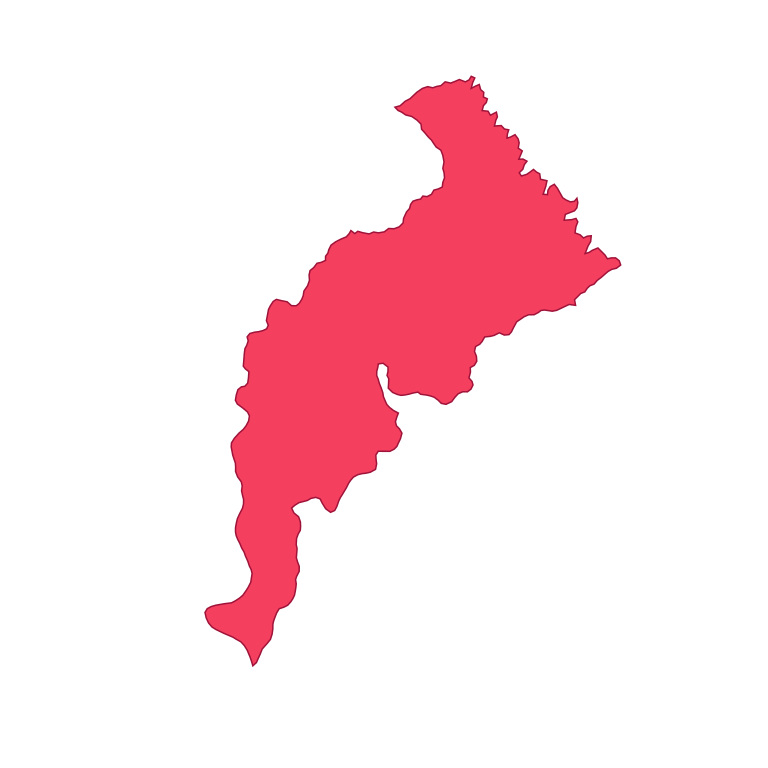 Paineiras, Minas Gerais, Brazil, rotated 121°
{"feature_id": "56859067B75073626302376", "entity_name": "Paineiras", "entity_type": "district", "adm_level": 2, "iso_a3": "BRA", "parent_name": "Brazil", "parent_adm1": "Minas Gerais", "projection": "orthographic", "projection_center": [-45.479, -18.904], "detail": "fine", "context": "isolated", "style": "filled", "palette": "rose", "viewbox_px": 768, "rotation_deg": 121, "n_neighbors": 0, "source": "geoboundaries", "source_scale": "gbopen_adm2", "svg_char_len": 5415}
<svg xmlns="http://www.w3.org/2000/svg" viewBox="0 0 768 768"><g transform="rotate(121 384 384)"><path d="M693.1,351.3L688.5,349.9L684.5,350.4L679.3,351.0L674.0,351.9L670.6,351.3L666.5,350.5L661.4,349.8L656.0,351.1L651.3,353.1L647.0,355.6L643.4,356.7L639.1,357.5L635.5,358.1L630.6,358.1L626.9,354.9L623.2,352.6L618.6,351.7L614.5,351.6L611.0,352.0L607.1,353.4L603.7,354.8L600.5,356.3L597.3,359.0L594.0,359.8L588.3,360.2L584.0,362.7L581.1,366.4L578.0,369.7L573.9,371.7L569.9,373.7L566.9,376.5L561.4,379.4L556.7,380.3L552.5,380.4L549.1,382.1L545.3,384.6L541.8,388.8L540.9,394.8L537.9,399.3L533.7,397.9L529.4,395.7L526.5,392.8L523.3,389.7L519.7,387.7L516.3,384.1L515.4,379.6L518.0,375.5L521.0,369.7L521.5,363.7L517.8,361.1L513.4,361.3L507.8,362.5L503.9,362.9L500.5,362.8L497.0,362.8L492.2,362.8L487.4,363.2L483.7,363.0L479.6,362.3L475.2,359.7L472.1,356.6L469.9,353.7L466.7,350.3L461.5,347.3L456.2,349.2L452.5,352.1L449.1,354.4L444.6,354.3L442.2,350.2L438.7,344.3L434.6,341.7L430.9,340.8L427.0,341.3L422.5,341.7L416.9,343.3L414.5,347.6L413.4,351.8L410.4,354.8L405.6,356.0L401.5,356.7L401.8,362.4L401.2,367.3L400.1,371.0L397.7,374.5L395.1,378.0L392.1,380.5L388.8,384.4L385.7,388.5L382.9,391.4L380.5,394.6L376.9,396.7L372.9,397.9L369.7,399.2L366.7,395.5L367.4,389.3L371.3,387.0L375.1,385.8L377.0,382.7L381.5,380.2L385.4,378.2L386.8,372.3L386.1,367.2L385.0,363.6L382.7,360.5L380.0,357.5L376.7,354.4L373.5,350.7L373.9,347.2L371.5,341.7L370.3,338.0L369.5,334.3L370.0,329.1L371.1,324.9L369.5,320.4L364.3,316.9L359.1,316.4L354.2,315.4L350.1,312.5L347.7,308.4L343.6,306.8L339.0,307.2L336.5,309.8L335.0,314.3L329.3,316.0L325.5,318.5L321.5,316.2L316.7,316.2L312.6,319.1L309.5,323.2L304.7,324.8L300.6,322.4L296.9,321.8L291.8,321.9L288.4,317.4L285.7,314.7L280.7,311.5L280.1,306.1L277.3,302.3L273.7,301.6L269.2,302.0L262.4,302.3L258.3,300.4L254.1,298.5L250.2,295.7L247.3,291.0L243.2,288.5L240.1,287.3L238.0,284.6L236.4,280.9L234.9,277.2L231.9,273.9L226.2,270.1L220.5,266.3L217.9,260.3L213.6,264.1L208.5,262.8L205.1,262.0L201.6,259.3L197.3,259.1L193.7,258.1L190.2,255.4L185.5,254.6L180.4,252.6L175.4,251.0L172.1,249.9L168.4,247.8L165.1,244.4L160.1,242.4L157.2,245.8L156.6,250.4L158.8,254.1L161.6,257.0L159.6,261.1L158.3,266.3L157.2,270.7L162.1,274.3L165.6,276.0L168.6,278.8L160.5,280.2L155.5,280.2L150.2,282.7L152.7,286.0L156.1,288.2L155.1,292.7L156.1,298.1L150.3,300.5L145.2,301.4L143.2,304.7L146.5,307.8L150.8,313.9L145.2,315.9L141.3,312.9L137.4,309.9L133.7,309.4L128.7,311.3L125.4,314.3L129.3,314.9L131.9,318.0L132.5,322.7L132.3,326.8L129.8,331.1L126.9,336.2L125.1,340.9L129.2,343.2L133.5,343.2L137.5,341.4L139.4,345.3L131.4,347.1L125.8,349.0L127.9,355.3L123.6,358.8L123.8,362.3L123.1,366.4L127.2,368.0L130.9,369.7L134.9,373.4L133.3,376.9L128.5,375.6L123.7,376.7L119.4,376.2L119.6,380.7L121.9,384.2L113.0,385.5L112.7,390.4L107.6,392.4L104.8,395.3L102.8,400.1L107.1,402.7L109.9,405.2L106.1,407.0L101.9,408.0L103.4,412.1L102.1,416.6L106.0,422.2L100.3,424.0L96.6,424.4L93.1,427.7L98.8,431.2L96.6,435.3L99.1,440.7L94.2,442.1L90.0,441.3L86.3,442.3L86.8,446.6L82.6,448.7L81.9,452.8L78.2,456.6L81.7,459.1L85.7,461.5L80.0,463.2L74.9,463.8L75.3,467.7L79.5,467.7L83.1,469.9L84.2,476.2L87.8,478.8L91.7,481.8L93.5,487.2L99.0,488.9L101.6,491.9L105.0,494.8L106.6,499.7L110.8,503.3L117.0,506.1L121.6,507.4L126.0,508.6L130.8,511.5L137.2,513.5L141.1,517.2L142.3,512.9L141.9,509.0L142.2,503.9L140.4,498.1L140.8,491.6L142.2,486.1L146.3,483.0L147.6,478.5L149.4,473.4L150.5,468.9L152.2,465.4L154.0,461.4L154.3,455.7L157.6,451.5L162.8,446.9L168.9,444.6L171.9,441.4L176.1,438.3L180.9,437.4L185.2,435.5L189.0,438.1L192.1,441.1L197.0,441.0L201.2,443.6L202.9,447.5L206.7,447.9L209.1,450.6L212.3,453.3L216.3,453.7L220.4,452.5L224.9,453.3L228.5,452.9L232.0,452.5L236.1,450.6L241.4,451.9L245.7,455.3L248.3,460.1L253.4,462.1L257.3,466.6L259.1,471.2L263.0,474.0L265.3,480.2L266.6,485.1L270.1,486.5L269.5,491.4L273.0,491.3L277.3,492.1L281.9,495.5L287.0,498.7L292.2,500.9L297.3,500.5L300.8,499.5L304.6,499.9L308.2,497.8L312.1,500.5L315.0,503.6L320.5,504.2L324.8,505.8L329.1,504.4L333.5,501.3L339.2,500.1L345.5,500.5L350.1,498.7L353.8,498.1L358.6,498.2L362.1,499.5L364.5,503.6L363.4,509.4L365.4,514.9L366.9,519.8L370.3,521.5L375.3,521.7L379.6,521.4L384.9,519.4L390.3,517.4L393.2,513.5L397.1,513.0L400.6,515.3L403.9,518.6L406.3,521.7L409.8,525.0L414.1,525.6L417.0,522.6L421.4,521.6L425.3,521.4L429.9,519.4L436.0,516.3L441.2,513.8L442.5,510.4L443.0,506.2L448.4,503.4L453.4,501.3L457.6,502.1L459.9,504.8L464.1,506.3L469.4,505.0L474.5,503.0L476.7,499.4L477.2,493.7L477.7,490.0L478.3,486.5L480.7,482.9L485.5,481.0L490.8,480.7L495.2,481.2L500.8,483.0L507.6,484.3L513.0,484.4L516.6,482.6L519.6,479.9L522.8,477.1L525.5,474.0L528.3,470.7L531.6,468.4L535.4,466.2L539.0,461.6L541.4,455.9L544.5,453.0L548.9,451.1L552.2,448.0L555.4,444.8L559.3,442.6L563.5,441.3L569.9,440.9L575.0,440.3L579.4,438.9L583.8,437.2L587.3,435.1L590.1,432.6L592.5,429.4L594.9,425.5L598.0,421.3L600.1,417.4L602.7,414.3L606.2,409.3L609.4,405.6L611.4,402.4L614.3,399.5L618.9,397.6L622.6,396.1L628.4,395.7L632.2,395.8L637.8,396.2L642.2,397.7L646.3,399.7L650.1,402.0L652.3,404.8L654.4,407.5L657.1,410.6L660.3,414.3L663.9,417.6L667.6,419.8L672.0,419.8L676.1,415.9L679.2,411.3L680.9,406.3L681.0,401.8L680.6,397.4L680.2,393.0L679.4,387.2L678.8,382.9L678.9,379.3L678.7,373.9L680.2,368.9L682.6,364.2L684.9,361.1L687.0,358.2L689.8,354.9L693.1,351.3Z" fill="#f43f5e" stroke="#9f1239" stroke-width="1.5"/></g></svg>